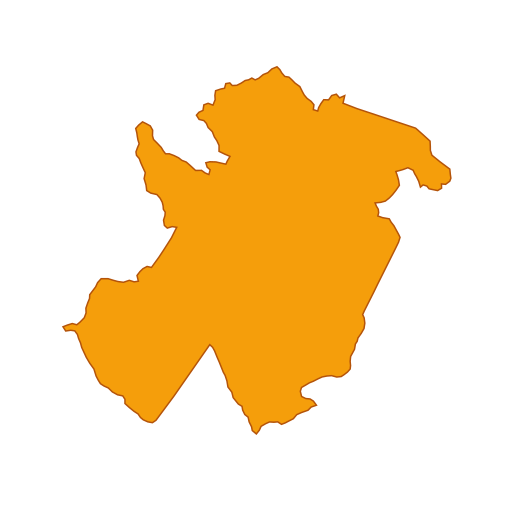 the district of Barra do Piraí, Rio de Janeiro, Brazil, rotated 285°
{"feature_id": "56859067B26511615248896", "entity_name": "Barra do Piraí", "entity_type": "district", "adm_level": 2, "iso_a3": "BRA", "parent_name": "Brazil", "parent_adm1": "Rio de Janeiro", "projection": "robinson", "projection_center": [-43.906, -22.425], "detail": "fine", "context": "isolated", "style": "filled", "palette": "amber", "viewbox_px": 512, "rotation_deg": 285, "n_neighbors": 0, "source": "geoboundaries", "source_scale": "gbopen_adm2", "svg_char_len": 3726}
<svg xmlns="http://www.w3.org/2000/svg" viewBox="0 0 512 512"><g transform="rotate(285 256 256)"><path d="M444.2,227.3L440.8,222.9L436.1,220.0L433.1,216.0L428.3,212.6L425.9,209.6L426.8,205.9L424.3,203.3L422.7,200.1L419.2,197.0L415.9,193.3L414.5,188.9L416.4,185.9L414.7,182.2L409.9,182.2L408.2,178.8L405.2,174.2L400.6,174.7L396.4,176.1L390.6,175.4L391.1,170.2L388.5,166.5L382.9,167.1L380.1,163.7L376.6,162.0L373.2,165.7L373.3,170.6L371.2,173.8L367.7,176.5L364.8,181.6L360.2,185.0L357.3,188.3L353.2,191.7L347.5,193.2L346.3,199.5L345.5,205.1L340.4,203.7L336.9,203.1L336.7,198.5L336.5,193.0L335.1,187.1L333.1,183.4L329.2,185.8L327.4,189.4L322.5,189.4L323.0,185.5L324.6,181.2L323.0,175.5L326.4,169.0L328.7,164.3L329.2,159.6L330.8,155.9L331.8,150.9L332.3,145.8L331.3,142.2L333.5,139.3L336.4,136.3L339.4,131.4L342.0,126.9L345.3,124.9L350.8,123.6L354.3,120.2L355.4,115.7L356.2,111.7L352.1,108.8L348.1,106.8L343.9,109.1L340.8,110.4L337.6,111.9L334.1,114.1L330.3,113.5L325.5,113.1L322.3,114.5L319.9,118.0L316.2,120.6L312.0,124.0L307.8,127.5L301.8,127.9L296.1,131.4L290.9,133.5L289.5,138.1L289.7,144.4L287.0,148.4L283.7,151.5L280.4,153.3L277.2,154.4L274.8,157.0L271.4,157.6L266.7,157.4L261.8,159.6L260.0,163.1L262.7,167.4L263.2,172.0L251.6,169.6L238.3,165.4L229.6,162.5L217.9,158.0L217.7,153.5L214.5,150.1L211.0,148.0L206.4,146.1L201.2,148.9L199.5,145.0L199.7,139.9L196.3,134.8L195.6,129.1L195.6,124.8L195.8,119.0L194.0,112.3L189.3,109.9L184.7,109.1L180.0,107.2L175.6,105.4L171.9,106.2L167.2,105.6L161.6,105.2L157.0,106.6L151.9,106.1L146.4,103.0L143.2,100.7L143.2,96.0L140.5,91.7L137.7,87.9L134.3,91.6L136.3,96.2L136.8,100.3L134.0,103.8L130.4,106.0L126.6,109.0L122.6,111.3L117.8,115.3L114.2,118.3L109.4,123.2L104.9,128.7L98.7,132.6L95.2,135.8L92.4,138.8L91.1,142.8L90.3,147.5L87.5,152.5L86.1,158.2L86.4,163.5L83.7,166.5L79.6,167.6L76.9,172.8L74.4,178.4L72.9,183.0L70.1,186.2L68.6,189.5L67.8,194.4L68.2,199.1L71.4,201.9L99.2,212.9L158.4,234.3L156.6,237.7L153.7,240.5L148.0,244.8L144.0,248.0L135.3,254.5L132.6,257.1L127.9,260.2L122.2,262.8L118.2,267.9L113.3,270.6L110.5,274.4L108.4,277.3L107.2,281.4L103.7,283.0L100.0,286.2L98.3,290.1L94.0,292.3L89.9,295.9L86.4,297.6L84.2,302.4L88.6,304.3L92.8,305.0L96.6,308.8L99.2,312.0L100.1,316.3L101.4,319.9L100.0,324.2L102.4,327.5L104.9,330.2L108.5,334.2L113.3,336.4L116.6,340.5L120.5,346.2L124.4,348.4L127.5,353.0L130.7,349.0L131.9,345.2L131.2,340.9L132.1,336.4L136.8,333.8L140.8,334.0L144.2,337.4L147.4,340.5L149.8,343.7L153.5,347.8L156.3,351.2L158.4,355.5L160.0,360.0L160.0,365.3L161.6,369.5L164.2,371.8L167.6,374.4L171.2,376.2L174.6,375.7L178.6,374.2L183.5,373.4L186.8,374.2L191.4,375.3L196.7,374.8L199.8,375.8L203.2,375.7L208.6,377.7L213.9,379.1L219.3,378.5L224.2,376.5L227.0,374.2L230.9,374.8L251.6,379.1L260.9,380.9L299.5,388.8L306.2,390.1L311.3,390.3L314.1,387.9L316.9,385.2L320.9,381.4L323.7,377.7L326.4,375.1L325.8,368.3L326.2,363.3L329.5,363.3L332.8,362.0L335.3,359.4L338.1,357.3L340.1,362.6L342.5,366.7L346.5,369.7L350.6,372.0L355.7,374.2L361.4,376.2L366.5,373.9L370.6,371.4L373.8,369.2L375.6,372.4L377.6,375.7L380.6,379.9L379.5,385.6L376.5,388.0L374.1,390.5L370.2,393.9L365.1,397.0L367.9,399.0L367.8,402.9L365.7,405.8L365.9,409.6L366.2,414.5L369.5,417.7L373.6,416.5L374.3,420.6L378.4,423.8L381.6,424.1L385.1,422.6L390.1,420.7L394.6,409.4L398.9,399.8L403.1,397.1L407.0,396.0L412.0,394.4L416.3,386.1L420.8,377.1L423.2,337.4L424.5,315.3L426.1,300.5L433.9,300.2L430.4,295.8L433.1,291.7L430.6,287.6L425.6,285.7L424.5,281.0L419.8,279.2L415.5,278.1L412.0,278.1L412.2,273.5L417.1,272.8L419.6,269.3L421.5,264.5L424.0,260.9L426.6,258.4L431.0,254.5L433.1,249.0L435.6,244.8L437.3,241.5L436.9,237.3L439.6,233.4L442.2,230.8L444.2,227.3Z" fill="#f59e0b" stroke="#b45309" stroke-width="1.5"/></g></svg>